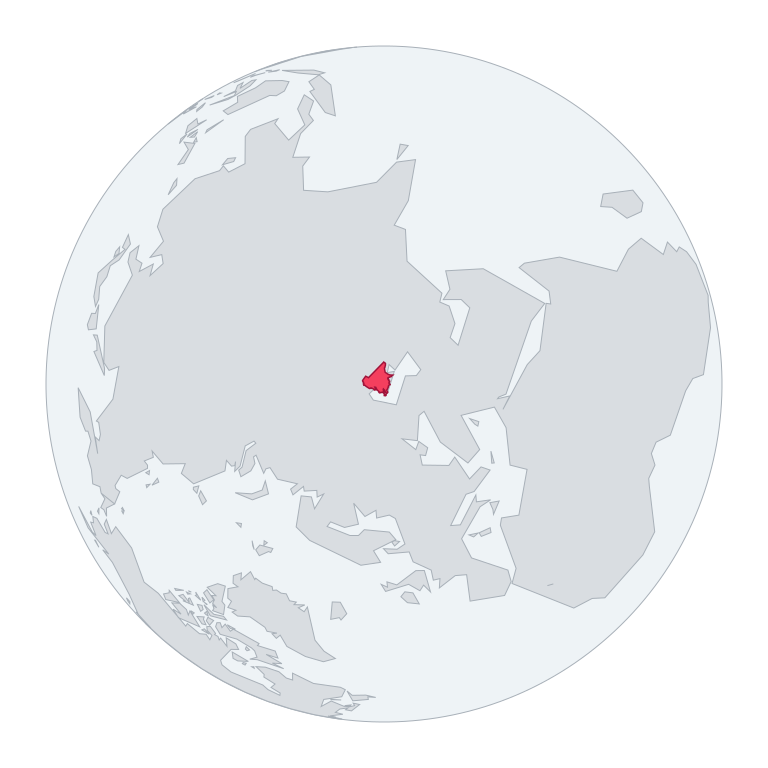 globe centered on Mangghystau, rotated 227°
{"feature_id": "KAZ-3236", "entity_name": "Mangghystau", "entity_type": "Region", "adm_level": 1, "iso_a3": "KAZ", "parent_name": "Kazakhstan", "parent_adm1": "", "projection": "orthographic", "projection_center": [52.321, 43.87], "detail": "fine", "context": "on_globe", "style": "filled", "palette": "rose", "viewbox_px": 768, "rotation_deg": 227, "n_neighbors": 0, "source": "natural_earth", "source_scale": "10m", "svg_char_len": 14598}
<svg xmlns="http://www.w3.org/2000/svg" viewBox="0 0 768 768"><g transform="rotate(227 384 384)"><circle cx="384" cy="384" r="338" fill="#eef3f6" stroke="#a8b0b8"/><path d="M371.4,46.3L372.2,46.5L363.6,46.8L365.3,47.1L376.3,47.1L383.1,47.2L403.9,54.2L438.7,63.7L454.6,65.2L447.3,66.7L480.6,69.5L502.7,77.2L474.7,69.7L469.5,70.0L483.0,75.3L480.6,76.9L485.7,80.7L481.6,82.4L465.6,78.8L462.6,80.0L472.3,83.8L474.3,88.6L460.5,82.6L462.6,90.5L436.2,87.6L402.7,73.4L384.9,76.2L342.1,73.9L342.9,76.8L327.2,78.8L322.3,83.2L315.7,82.2L317.5,86.7L324.4,86.7L327.4,88.9L325.2,91.7L316.4,90.7L316.3,89.2L312.6,90.4L309.2,88.9L309.6,91.2L299.2,90.2L306.0,95.5L294.9,98.4L289.0,96.6L294.2,91.2L293.4,76.1L289.1,74.0L277.7,75.7L246.5,90.1L239.7,90.7L227.3,95.5L228.8,97.3L239.1,94.4L238.9,99.7L251.6,96.3L253.3,98.3L264.5,97.7L257.8,104.1L245.2,110.9L235.6,112.0L229.8,115.3L234.9,119.9L213.1,128.2L191.9,145.3L186.8,147.2L184.1,139.8L194.4,124.8L191.0,118.1L188.1,129.2L175.4,135.0L171.1,139.2L168.8,143.2L171.6,143.8L166.2,147.6L167.1,137.3L172.0,133.7L171.7,136.7L176.4,130.1L177.0,124.5L170.5,128.7L178.1,118.2L173.6,121.3L172.7,121.2L179.4,116.7L167.5,124.9L170.3,122.2L189.7,107.5L210.1,94.3L231.3,82.5L253.4,72.3L276.1,63.8L299.4,56.8L323.1,51.6L347.2,48.1L371.4,46.3ZM386.5,47.2L376.8,47.1L367.7,46.8L376.1,46.5L386.5,47.2ZM403.3,49.8L398.1,49.7L396.6,48.2L400.1,48.7L403.3,49.8ZM466.5,66.4L459.0,64.1L467.1,65.9L466.5,66.4ZM487.1,80.9L490.0,81.2L491.4,83.2L487.1,80.9ZM267.4,94.4L266.0,96.0L264.6,95.2L267.4,94.4ZM273.7,92.8L273.2,90.7L276.1,89.7L276.3,91.0L273.7,92.8ZM486.4,87.7L487.8,91.1L483.6,87.0L486.4,87.7ZM273.6,95.6L281.2,88.2L286.3,86.5L291.5,90.2L273.6,95.6ZM486.8,92.6L490.4,101.6L497.1,102.7L480.0,105.2L482.6,96.4L476.4,90.9L483.1,93.4L486.8,92.6ZM327.5,85.6L320.1,85.6L328.4,83.1L327.5,85.6ZM332.1,83.6L353.3,74.3L363.2,76.2L354.1,78.6L368.6,79.6L363.0,85.0L353.8,85.7L348.5,83.3L350.4,87.3L332.1,83.6ZM470.0,105.6L468.5,107.5L467.0,104.8L470.0,105.6ZM329.3,89.6L332.7,87.3L341.5,88.7L336.3,93.6L335.1,91.5L329.3,89.6ZM375.2,77.4L380.8,79.6L377.8,84.5L379.6,86.2L363.7,85.3L375.2,77.4ZM332.0,92.6L333.5,96.1L327.2,98.1L326.6,91.9L332.0,92.6ZM346.0,87.1L349.9,88.1L346.0,89.1L346.0,87.1ZM306.0,108.1L309.9,104.9L314.8,105.2L306.0,108.1ZM334.4,97.3L336.6,96.6L338.9,96.5L338.6,99.2L334.4,97.3ZM362.7,89.1L360.3,90.8L369.1,89.6L367.2,93.6L356.9,92.5L360.6,94.7L360.0,96.0L352.3,93.7L362.7,89.1ZM345.4,101.8L331.7,102.5L323.5,108.2L318.8,107.9L333.0,98.9L345.4,101.8ZM350.1,97.2L346.2,99.9L342.4,97.9L342.8,94.9L350.1,97.2ZM369.6,96.9L375.1,91.0L377.2,91.5L369.6,96.9ZM343.7,103.8L347.1,103.7L343.6,104.4L343.7,103.8ZM362.5,99.3L364.2,97.1L366.5,97.7L362.5,99.3ZM352.3,105.5L347.9,105.5L348.0,103.3L352.3,105.5ZM357.6,103.0L360.3,104.4L350.8,102.5L358.0,101.8L357.6,103.0ZM364.4,100.3L366.3,99.9L363.3,101.2L364.4,100.3ZM354.3,114.2L342.3,112.3L342.6,107.3L354.3,109.6L354.3,114.2ZM82.4,456.7L77.0,399.7L85.2,390.0L90.7,370.0L150.8,341.6L159.1,354.9L201.4,372.8L205.9,378.6L196.1,393.2L224.0,430.4L238.7,420.9L268.8,443.5L291.8,449.0L308.5,419.0L270.8,409.3L269.0,391.5L303.1,385.6L336.7,394.7L337.1,388.1L319.8,369.8L331.6,359.8L314.3,362.5L318.3,370.3L307.6,372.5L303.3,365.6L307.6,362.1L298.6,356.7L280.2,375.9L282.3,385.9L256.2,381.8L257.2,398.4L248.7,402.9L243.9,376.6L247.4,368.8L235.0,336.2L228.9,343.8L240.2,375.5L234.8,371.2L226.6,383.0L228.7,370.6L217.9,335.2L197.1,329.4L163.4,347.7L152.8,342.3L147.1,328.0L166.5,298.9L188.2,314.4L195.3,305.4L197.1,285.4L203.5,292.2L206.9,286.3L215.7,291.6L234.1,284.0L244.0,287.9L257.0,271.3L263.9,271.3L254.2,280.9L252.7,290.2L277.9,300.6L284.5,298.5L291.0,287.2L297.1,292.0L300.1,279.7L317.5,280.5L298.9,269.7L306.0,257.3L319.6,250.9L318.6,245.2L296.4,255.8L290.6,262.0L290.9,270.2L272.1,286.9L262.1,286.5L269.2,262.6L255.9,259.9L267.2,243.5L320.3,223.0L339.4,222.3L358.7,247.1L350.9,253.9L340.1,248.1L344.7,264.9L346.9,258.0L352.0,262.3L360.1,252.6L364.0,255.3L365.0,241.8L370.8,244.0L370.1,252.6L387.0,241.2L400.6,243.6L402.5,239.8L400.7,235.1L419.2,241.9L419.7,238.9L413.9,235.4L411.3,227.4L413.8,216.1L420.1,219.0L420.0,223.5L429.3,237.7L428.1,249.9L430.9,250.0L433.4,240.3L422.1,222.7L421.9,215.2L428.5,222.5L426.1,219.2L427.9,216.5L435.6,216.7L428.9,208.4L440.8,176.7L456.8,174.8L461.3,184.3L476.2,167.9L493.1,168.7L487.7,165.3L491.2,156.2L485.9,155.7L483.6,153.5L490.1,131.8L496.5,129.6L493.2,118.1L490.4,116.5L485.4,117.3L480.0,105.2L497.1,102.7L502.6,106.2L509.6,102.9L521.0,111.7L533.7,118.1L542.1,130.8L551.4,135.3L553.1,133.6L567.0,139.1L589.9,157.8L564.0,150.1L528.3,127.1L542.2,136.7L536.9,137.0L540.5,142.2L550.5,149.2L553.1,148.4L557.8,175.4L577.6,202.0L581.5,192.2L590.9,193.8L616.8,219.4L635.2,274.2L647.8,279.9L653.2,287.8L652.3,299.1L644.5,287.7L637.4,289.4L633.2,281.7L629.1,297.1L622.8,286.8L622.7,304.6L630.2,309.7L636.1,299.3L638.8,320.1L653.5,325.5L662.6,341.5L663.0,385.8L652.2,409.2L653.1,415.3L644.9,414.9L639.9,432.6L659.7,451.4L661.2,460.1L650.3,487.4L649.0,481.7L627.4,480.6L627.5,502.8L644.1,508.4L649.9,522.9L639.0,525.5L632.6,513.0L624.9,512.1L624.0,493.8L612.0,471.9L600.8,484.3L598.8,473.2L580.5,457.3L562.8,474.0L536.6,516.1L537.7,544.5L526.6,560.1L501.5,526.8L493.2,499.8L482.4,505.1L458.1,484.6L410.9,488.3L405.9,480.7L396.6,484.8L379.8,477.1L372.8,464.0L361.8,464.6L381.2,498.7L393.1,498.1L405.3,484.9L408.3,496.8L424.7,506.3L400.6,535.2L333.3,556.5L329.6,534.7L293.4,466.3L296.1,459.4L296.1,458.5L295.8,457.0L289.5,467.8L284.3,453.7L300.5,502.0L302.0,520.8L332.4,557.6L328.8,560.5L339.4,568.1L377.0,562.2L376.6,569.1L357.1,598.9L307.6,631.2L315.9,654.7L315.2,671.5L288.2,676.6L294.5,688.1L281.1,688.3L282.9,693.4L274.4,695.5L258.7,693.8L227.8,681.5L222.7,676.9L202.5,661.2L173.0,624.0L177.4,613.6L173.3,600.0L151.3,558.5L155.9,543.3L150.8,532.1L139.9,526.9L134.4,513.2L128.1,508.2L91.3,481.2L82.4,456.7ZM125.1,366.0L122.3,371.5L125.1,366.0ZM369.4,420.7L391.5,423.2L386.7,401.6L394.8,401.0L390.1,394.2L386.2,400.1L375.6,381.5L387.0,375.8L386.9,366.4L379.5,365.2L360.4,378.8L375.3,405.2L368.1,413.4L369.4,420.7ZM175.4,135.6L175.1,136.6L171.8,141.0L171.5,139.6L175.4,135.6ZM168.9,158.5L160.4,164.2L166.2,158.8L164.0,157.4L173.6,145.1L184.7,147.6L178.0,148.4L168.9,158.5ZM189.4,130.3L182.1,137.2L189.7,129.6L189.4,130.3ZM216.9,251.3L217.8,257.5L211.5,262.7L199.1,259.8L208.1,252.0L216.9,251.3ZM220.7,265.4L231.2,243.7L239.4,245.3L233.0,248.0L237.3,251.2L228.3,256.4L225.8,280.0L220.1,286.3L200.2,276.2L209.9,275.8L208.3,269.3L220.7,265.4ZM243.6,192.0L248.2,184.5L259.9,197.5L254.2,203.2L241.4,200.1L240.7,191.6L243.6,192.0ZM281.2,104.3L282.3,101.9L284.7,101.9L285.8,104.1L281.2,104.3ZM307.4,106.6L279.3,115.6L279.0,113.1L262.9,122.3L255.9,119.5L266.6,113.4L249.1,118.6L256.0,112.0L244.2,116.5L268.8,103.3L274.3,98.2L270.8,104.8L277.1,107.4L281.4,107.1L297.8,102.4L312.7,93.5L321.3,95.3L323.4,99.0L321.1,101.4L316.3,99.3L316.7,104.1L308.0,103.0L307.4,106.6ZM343.1,150.9L338.4,145.8L337.8,158.4L329.1,156.1L329.5,157.7L321.3,159.2L312.1,164.0L308.9,161.9L306.7,164.8L301.2,166.1L297.2,169.4L289.9,167.1L284.3,171.1L284.0,167.7L276.4,175.4L278.8,168.7L271.9,170.3L273.2,175.9L243.7,158.8L229.5,157.9L216.4,161.2L222.2,150.3L238.3,140.7L258.3,134.0L271.1,136.8L271.4,131.8L277.7,131.8L274.8,135.8L282.9,129.8L287.3,131.0L305.1,127.2L314.1,118.7L320.8,117.4L319.5,121.4L327.1,117.4L329.1,124.3L333.9,123.7L340.8,130.3L335.3,138.9L341.2,137.7L346.6,143.1L343.1,150.9ZM355.9,116.1L351.4,126.2L344.4,130.1L335.5,117.2L330.8,116.8L324.8,109.4L335.1,104.1L335.9,106.6L339.0,107.9L334.5,109.0L340.5,109.1L341.7,112.7L346.7,113.9L343.8,116.7L355.9,116.1ZM214.0,375.2L218.0,378.1L225.0,380.5L219.9,388.4L214.0,375.2ZM206.2,351.2L210.3,352.1L206.5,363.6L202.4,361.0L206.2,351.2ZM215.7,343.2L210.8,351.3L211.0,345.3L215.7,343.2ZM258.3,281.3L263.0,281.9L262.3,284.8L258.2,288.0L258.3,281.3ZM339.5,190.5L338.0,186.3L340.2,185.3L343.5,175.7L350.2,177.1L350.9,183.4L339.5,190.5ZM300.3,423.1L291.8,427.7L289.2,423.9L292.6,423.0L300.3,423.1ZM252.6,408.8L262.0,416.4L251.1,410.8L252.6,408.8ZM347.5,190.4L348.0,186.1L351.1,189.5L347.5,190.4ZM355.3,177.7L359.4,180.7L351.4,176.1L355.3,177.7ZM373.5,673.8L356.1,698.2L339.9,697.0L334.6,689.8L339.5,674.8L357.7,671.3L366.0,663.5L373.5,673.8ZM689.9,516.0L693.6,510.9L693.2,512.2L689.9,516.0ZM686.3,518.6L691.0,512.0L685.0,522.1L686.3,518.6ZM692.7,509.5L697.5,500.3L699.5,495.4L698.8,498.2L692.7,509.5ZM682.9,523.3L661.4,546.8L652.1,552.8L655.0,546.8L670.1,533.2L682.9,523.3ZM654.2,547.4L639.0,549.1L613.3,531.3L622.6,526.2L648.5,529.3L647.0,534.0L656.3,535.2L654.2,547.4ZM688.2,492.1L686.5,504.1L675.4,516.5L669.9,520.7L666.2,511.0L668.3,501.8L673.0,497.2L687.5,453.6L693.4,452.7L689.8,469.1L694.3,472.9L688.2,492.1ZM539.4,546.5L548.4,559.4L541.9,564.3L539.4,546.5ZM690.6,428.0L686.6,447.0L689.4,425.0L690.6,428.0ZM690.6,409.6L692.2,414.7L688.7,412.6L690.6,409.6ZM655.5,423.5L650.7,429.8L649.2,425.8L654.5,415.4L655.5,423.5ZM669.6,355.2L674.6,367.5L675.4,372.7L670.8,367.8L669.6,355.2ZM406.0,201.0L393.8,212.4L389.5,222.6L394.1,231.1L382.4,224.6L389.0,208.8L406.0,201.0ZM435.8,179.1L431.7,172.6L436.9,172.6L438.5,174.2L435.8,179.1ZM430.9,177.1L419.6,174.4L419.5,169.0L428.5,172.1L430.9,177.1ZM383.2,181.4L379.2,184.6L376.8,181.6L383.2,181.4ZM648.8,594.0L649.4,593.1L650.8,591.4L648.8,594.0ZM651.6,590.3L658.2,580.7L680.1,546.7L697.8,508.9L700.5,502.4L690.8,525.7L679.3,548.2L666.3,569.8L651.6,590.3ZM698.7,501.8L704.7,485.0L706.9,479.5L698.7,501.8ZM719.2,426.7L716.6,439.4L716.0,437.9L717.8,428.5L714.7,435.9L718.3,421.3L718.9,426.2L720.5,411.2L721.4,403.3L719.2,426.7ZM716.5,443.3L717.0,441.1L716.1,446.0L716.5,443.3ZM709.4,459.1L709.0,462.3L707.8,463.3L709.4,459.1ZM711.2,453.4L714.4,446.9L710.7,456.6L711.2,453.4ZM697.0,471.2L698.6,475.4L703.5,462.8L699.7,475.3L702.2,480.5L700.6,486.5L698.4,480.3L696.1,494.4L693.8,497.8L693.4,489.4L696.2,472.9L698.5,464.0L706.9,446.7L697.0,471.2ZM711.5,445.3L710.5,440.0L711.1,432.9L712.3,434.4L711.5,445.3ZM705.8,428.2L701.1,425.2L698.2,434.5L702.6,409.8L706.6,416.7L705.8,428.2ZM699.6,413.0L697.1,421.6L698.8,408.5L699.6,413.0ZM695.6,419.8L693.9,413.8L696.6,410.5L695.6,419.8ZM701.2,410.5L699.3,398.3L701.9,402.7L701.2,410.5ZM688.9,400.8L697.3,402.7L688.9,409.7L681.9,388.4L685.0,383.0L688.9,400.8ZM664.6,284.2L660.2,279.2L661.1,273.2L663.9,278.3L664.6,284.2ZM660.2,250.7L659.9,270.0L659.1,286.4L662.3,285.9L667.6,298.9L659.3,294.0L655.4,274.9L657.2,264.5L651.5,254.5L649.2,242.6L640.5,233.1L637.5,225.9L645.9,231.5L660.2,250.7ZM636.6,229.6L620.6,211.1L625.2,204.8L629.7,207.5L635.1,218.4L632.4,221.0L636.6,229.6ZM618.1,205.0L615.3,207.6L585.9,190.2L580.9,185.2L605.6,194.0L604.3,197.0L610.7,202.7L618.1,205.0ZM472.1,108.5L468.8,107.6L471.8,106.9L472.1,108.5ZM480.6,153.5L477.9,150.3L481.6,149.3L480.6,153.5ZM472.5,141.2L470.3,144.5L470.0,139.8L472.5,141.2ZM465.8,152.4L468.2,145.3L469.6,154.0L465.8,152.4Z" fill="#d9dde1" stroke="#a8b0b8" stroke-width="1"/><path d="M398.1,399.1L397.9,399.0L397.8,398.9L397.7,398.8L397.6,398.6L397.4,398.4L397.1,398.2L396.8,397.9L396.2,396.9L395.6,396.0L395.5,395.9L395.5,395.7L395.5,395.4L395.3,395.2L394.6,394.6L392.2,393.1L391.9,392.9L391.5,392.9L388.8,393.5L387.8,393.9L387.6,394.0L386.9,394.3L385.9,395.1L384.5,396.5L384.5,396.4L384.7,395.8L384.7,395.6L384.7,395.4L384.7,395.2L384.5,394.9L384.5,394.7L384.4,394.5L384.4,394.4L384.5,394.2L384.7,393.8L384.9,393.4L385.2,393.0L385.2,392.9L385.2,392.7L385.4,392.6L385.4,392.4L385.5,392.1L385.5,391.8L385.5,391.6L385.5,391.4L385.4,391.2L385.1,390.9L385.1,390.6L385.2,390.8L385.5,391.1L385.6,391.4L385.6,391.5L385.8,391.4L385.8,391.1L385.8,390.9L385.7,390.7L385.3,390.6L385.1,390.3L384.6,390.2L384.2,390.1L383.9,390.4L383.5,389.9L383.3,389.8L383.2,389.8L382.9,389.8L382.6,390.0L382.4,390.1L382.2,390.1L382.0,389.7L381.8,389.4L381.7,389.3L381.7,389.1L381.6,388.9L381.4,388.7L381.2,388.5L381.2,388.4L381.3,388.3L381.2,388.2L380.7,388.1L380.3,388.1L379.9,388.2L379.5,388.2L379.4,388.1L379.5,388.0L379.6,387.5L379.7,387.3L379.7,386.5L379.7,386.4L379.5,386.0L379.5,385.8L379.5,385.7L379.3,385.6L379.2,385.4L378.9,385.2L378.5,384.4L378.4,384.3L378.4,384.1L378.4,383.8L378.3,383.7L378.2,383.5L378.1,383.4L378.0,383.2L377.9,383.1L377.8,382.9L377.8,382.3L377.8,382.1L377.7,381.9L377.1,381.6L375.7,381.3L375.5,381.2L375.4,381.1L375.2,380.9L375.2,380.5L375.2,380.4L375.2,380.2L375.2,379.8L375.3,379.7L375.3,379.8L375.4,379.6L375.5,379.5L375.5,379.3L375.6,379.2L375.7,379.3L376.3,379.5L376.5,379.5L376.7,379.4L376.9,379.4L376.9,379.5L377.0,379.5L377.3,379.5L377.5,379.6L377.6,379.4L377.8,379.4L377.9,379.5L378.0,379.5L378.3,379.8L378.5,379.8L378.5,380.0L378.4,380.0L378.5,380.1L378.9,380.3L379.0,380.3L379.3,380.3L379.6,380.0L379.7,379.9L379.8,379.9L380.0,379.9L380.0,380.1L380.4,380.1L380.7,380.2L380.8,380.2L380.7,379.9L380.3,379.6L380.2,379.6L379.8,379.7L379.7,379.6L379.5,379.1L379.4,379.0L379.3,378.8L379.0,378.6L378.9,378.5L378.7,378.5L378.7,378.4L378.4,378.2L378.3,377.8L378.5,377.7L378.4,377.6L378.3,377.4L378.5,377.3L378.8,377.3L378.9,377.1L379.1,377.0L379.2,376.9L379.3,376.9L379.4,377.0L379.5,377.2L379.5,376.8L379.5,376.7L379.5,376.4L379.6,376.2L379.8,375.9L380.2,375.4L380.2,375.1L380.3,375.0L380.4,375.3L380.6,375.3L380.8,375.3L381.0,375.3L381.1,375.2L381.3,375.1L381.5,374.9L381.6,374.7L381.8,374.8L382.2,375.0L382.3,375.1L382.5,375.1L382.8,375.0L383.0,375.1L384.3,374.9L384.5,375.0L384.8,374.9L385.0,375.0L385.7,375.3L386.1,375.3L386.3,375.4L386.4,375.5L386.8,375.4L386.9,375.5L387.2,375.5L387.3,375.6L387.5,375.4L387.8,375.3L387.9,375.2L387.4,375.1L387.3,374.9L387.1,374.9L386.4,374.6L386.2,374.4L385.8,374.3L385.7,374.2L385.7,373.9L385.7,373.7L385.8,373.6L385.9,373.4L386.0,373.3L386.1,373.1L386.2,372.8L387.0,373.0L389.0,372.4L389.9,371.9L389.6,371.6L390.0,371.2L390.6,370.3L391.0,370.2L391.3,370.1L394.5,369.3L395.9,369.2L396.8,368.4L397.6,369.1L397.9,368.9L398.3,369.2L398.3,369.7L398.8,369.9L399.2,369.9L399.3,370.1L399.6,370.3L400.0,370.2L400.3,370.3L400.5,370.3L401.0,370.5L401.3,371.3L402.2,375.9L399.2,377.0L400.2,398.7L399.9,398.6L399.7,398.7L399.4,398.9L398.9,399.0L398.7,399.1L398.1,399.1ZM385.5,374.6L385.6,374.8L385.5,375.0L385.3,374.9L385.1,374.8L385.0,374.6L385.0,374.4L385.1,374.2L385.3,374.2L385.4,374.3L385.5,374.4L385.5,374.6ZM375.0,378.2L374.9,378.3L374.6,378.2L374.5,377.9L374.3,377.7L374.3,377.4L374.5,376.9L374.8,376.7L374.8,376.8L374.6,377.0L374.4,377.3L374.4,377.5L374.5,377.6L374.6,377.8L374.6,378.0L374.8,378.2L375.0,378.1L375.0,378.2ZM375.4,377.2L375.5,376.8L375.8,376.7L375.8,376.8L375.7,377.0L375.7,377.3L375.6,377.5L375.4,377.4L375.4,377.2ZM377.4,377.9L377.5,378.1L377.4,378.0L377.2,378.1L377.2,377.9L377.0,377.7L376.9,377.5L377.0,377.5L377.3,377.5L377.4,377.9Z" fill="#f43f5e" stroke="#9f1239" stroke-width="1.5"/></g></svg>